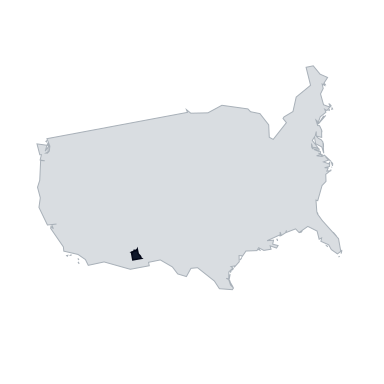 Graham, Arizona, United States of America shown in context, rotated 350°
{"feature_id": "52423323B31038299720868", "entity_name": "Graham", "entity_type": "district", "adm_level": 2, "iso_a3": "USA", "parent_name": "United States of America", "parent_adm1": "Arizona", "projection": "orthographic", "projection_center": [-110.126, 33.039], "detail": "fine", "context": "in_parent", "style": "filled", "palette": "ink", "viewbox_px": 384, "rotation_deg": 350, "n_neighbors": 0, "source": "geoboundaries", "source_scale": "gbopen_adm2", "svg_char_len": 4571}
<svg xmlns="http://www.w3.org/2000/svg" viewBox="0 0 384 384"><g transform="rotate(350 192 192)"><path d="M311.1,116.6L327.3,107.5L326.0,89.0L333.3,88.8L338.6,98.2L345.4,102.8L340.5,108.1L341.0,110.0L338.9,108.3L339.2,112.8L335.6,117.7L336.7,128.9L341.5,131.8L343.2,130.4L341.9,128.8L342.9,129.4L344.0,131.3L339.0,135.2L337.0,133.5L337.7,136.7L331.4,140.2L327.9,146.2L327.6,143.8L326.5,142.5L327.3,148.4L329.1,148.8L330.4,153.5L329.2,160.7L324.1,158.5L324.9,154.0L323.3,157.5L325.9,161.2L328.3,163.0L329.6,165.5L328.5,176.7L327.7,170.2L322.1,165.9L322.2,159.0L319.4,162.1L323.8,170.5L319.4,169.1L318.3,169.8L318.4,166.6L318.0,165.8L317.6,168.4L318.2,170.3L324.7,171.8L324.1,173.8L320.6,171.6L319.6,171.4L323.8,174.0L325.4,174.3L325.4,176.8L323.2,175.7L326.9,178.2L326.4,178.8L324.6,177.6L321.0,177.9L326.2,179.7L328.8,178.7L334.2,185.9L329.7,180.5L331.9,184.3L326.7,185.2L331.6,188.0L332.9,186.2L331.9,190.7L326.8,191.1L330.3,192.0L328.4,194.8L331.8,195.1L326.8,197.8L325.8,204.8L321.2,208.2L314.3,222.4L312.7,221.5L311.5,232.9L311.8,235.5L315.3,242.7L328.2,263.4L328.2,276.3L324.5,278.2L319.2,272.9L317.4,267.7L310.4,263.0L311.7,259.7L309.0,260.6L308.4,252.2L300.1,246.0L290.4,250.5L287.6,246.3L277.5,248.3L278.4,246.2L277.0,248.4L272.5,250.3L271.8,246.7L271.5,249.4L257.5,253.0L263.9,253.6L262.4,257.4L267.5,259.7L265.5,261.9L259.6,258.6L259.9,262.1L252.6,262.0L247.9,258.4L245.8,261.0L234.9,259.5L229.4,265.1L230.8,263.6L227.3,262.8L226.4,268.9L220.4,273.6L221.7,272.2L217.4,272.2L219.1,274.0L214.4,277.1L213.1,283.8L210.7,283.0L212.9,284.5L213.8,290.4L216.2,293.7L214.8,295.2L202.2,292.0L198.6,283.6L184.3,267.5L177.7,267.0L171.8,274.3L163.7,270.2L159.7,262.4L149.0,253.4L137.0,253.7L137.1,257.2L117.8,257.4L93.3,245.6L77.1,246.2L75.3,240.0L68.9,233.7L55.5,228.0L55.8,223.7L46.5,203.3L47.1,201.4L49.1,204.1L48.1,199.8L53.0,200.0L43.9,199.4L38.6,180.6L41.6,171.4L40.7,160.5L44.1,154.0L48.4,134.7L52.4,135.7L48.0,134.1L50.2,129.1L48.6,128.9L47.7,117.7L57.3,120.8L54.5,126.3L58.3,122.6L57.3,127.4L54.7,128.3L56.4,128.7L58.6,126.9L60.0,122.1L58.4,114.3L201.4,112.8L200.8,109.9L204.5,114.2L221.4,116.8L236.5,111.8L261.5,119.9L263.6,123.1L272.5,126.6L279.2,139.2L277.6,151.5L281.1,154.3L297.0,140.1L294.4,135.4L295.7,134.0L305.4,130.3L311.1,116.6ZM334.3,141.6L337.0,139.8L328.1,147.1L334.9,139.9L334.3,141.6ZM58.4,119.1L59.3,122.2L59.1,122.7L57.7,120.2L58.4,119.1ZM215.9,292.7L213.8,287.7L213.6,284.8L214.1,287.8L215.9,292.7ZM341.3,108.1L342.0,109.6L341.4,109.5L341.3,108.1ZM248.3,259.9L248.8,261.1L247.5,260.3L248.3,259.9ZM60.4,233.4L62.0,232.9L62.1,233.1L60.4,233.4ZM58.7,232.8L58.0,233.6L57.5,232.8L58.7,232.8ZM341.7,134.3L341.3,135.6L341.0,135.5L341.7,134.3ZM214.2,281.9L213.5,284.4L215.3,279.5L214.2,281.9ZM324.3,256.5L326.7,260.6L323.9,256.1L324.3,256.5ZM68.3,238.0L68.9,239.3L68.2,238.1L68.3,238.0ZM329.0,276.8L328.1,278.6L329.5,275.0L329.0,276.8ZM335.5,188.6L334.9,190.7L334.4,186.3L335.5,188.6ZM57.5,116.4L57.4,117.3L56.9,116.8L57.5,116.4ZM219.3,274.9L217.1,276.3L219.3,274.6L219.3,274.9ZM344.5,133.6L344.9,134.7L344.0,134.8L344.5,133.6ZM68.0,241.5L68.4,243.1L67.7,241.7L68.0,241.5ZM216.6,277.2L215.7,278.0L216.4,276.9L216.6,277.2ZM329.8,167.5L329.4,170.3L329.6,166.5L329.8,167.5ZM228.9,266.2L227.5,267.4L229.4,265.4L228.9,266.2ZM312.0,234.0L312.2,235.9L311.8,234.7L312.0,234.0ZM332.3,195.2L332.0,195.7L332.8,193.9L332.3,195.2ZM294.0,249.2L292.5,250.6L291.8,250.6L294.0,249.2ZM271.8,250.1L271.6,250.5L270.5,250.6L271.8,250.1ZM315.6,268.4L316.1,269.6L315.2,268.2L315.6,268.4ZM267.8,253.7L267.8,255.0L267.3,252.8L267.8,253.7ZM325.9,281.1L325.0,281.5L326.2,280.8L325.9,281.1ZM330.5,154.4L330.3,155.7L330.4,153.9L330.5,154.4ZM334.1,191.4L333.7,192.1L334.1,191.4Z" fill="#d9dde1" stroke="#a8b0b8" stroke-width="1"/><path d="M121.9,242.5L121.9,244.1L121.9,247.9L121.9,248.6L122.6,248.6L123.8,248.6L130.1,248.6L130.9,248.6L130.1,247.8L130.1,247.7L130.2,247.3L130.1,247.2L130.2,246.9L130.2,246.6L130.0,246.1L129.9,246.0L129.5,245.3L129.4,245.3L128.3,243.4L128.2,238.8L128.0,239.1L127.8,239.1L127.6,239.2L127.5,239.3L127.4,239.4L127.1,239.4L127.0,239.5L126.8,239.9L126.7,239.9L126.6,240.0L126.4,240.3L126.2,240.2L126.1,239.9L125.7,239.5L125.4,239.5L125.1,239.4L124.9,239.4L124.9,239.5L124.9,239.9L124.9,240.2L124.5,240.3L124.4,240.3L124.1,240.3L123.9,240.3L123.7,240.5L123.4,240.6L123.2,240.6L122.9,240.6L122.7,240.6L122.6,240.8L122.4,240.9L122.2,240.8L122.1,241.0L121.9,241.0L122.0,241.1L121.9,241.1L121.9,241.3L121.9,241.5L121.9,241.8L121.9,242.0L122.0,242.0L122.1,242.3L122.2,242.5L121.9,242.5L121.9,242.5Z" fill="#0f172a" stroke="#020617" stroke-width="1.5"/></g></svg>